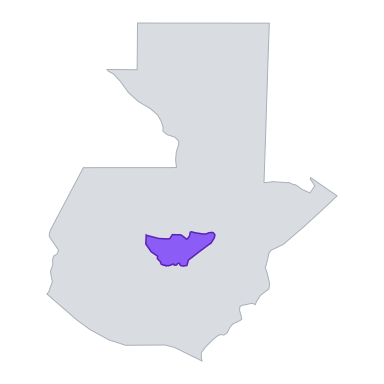 where Baja Verapaz sits in Guatemala
{"feature_id": "GTM-1942", "entity_name": "Baja Verapaz", "entity_type": "Department", "adm_level": 1, "iso_a3": "GTM", "parent_name": "Guatemala", "parent_adm1": "", "projection": "robinson", "projection_center": [-90.369, 15.089], "detail": "fine", "context": "in_parent", "style": "filled", "palette": "violet", "viewbox_px": 384, "rotation_deg": 0, "n_neighbors": 0, "source": "natural_earth", "source_scale": "10m", "svg_char_len": 2567}
<svg xmlns="http://www.w3.org/2000/svg" viewBox="0 0 384 384"><path d="M46.9,294.0L48.8,291.8L50.4,287.0L52.4,281.9L51.2,276.1L50.5,271.4L52.8,264.5L52.6,259.3L53.6,256.1L56.9,254.1L58.6,250.2L49.3,236.6L49.3,233.5L50.6,229.7L58.2,215.3L67.3,198.1L77.3,179.1L83.3,167.7L105.2,167.6L119.6,167.6L138.0,167.6L158.0,167.6L171.1,167.6L176.5,167.5L175.6,160.0L176.3,151.8L178.7,144.4L178.7,141.1L174.8,137.1L167.2,134.7L163.0,131.2L163.0,126.7L161.2,121.2L157.5,114.8L149.9,108.3L138.4,101.6L128.5,92.6L120.4,81.4L113.6,74.1L108.3,71.1L107.1,69.5L122.5,69.6L137.1,69.8L137.3,53.6L137.4,39.2L137.5,23.0L163.9,23.1L195.6,23.1L228.3,23.1L254.1,23.2L269.3,23.2L268.6,43.3L267.8,66.5L267.3,83.6L266.5,106.5L265.8,129.8L264.7,161.7L264.0,182.2L264.4,182.7L273.0,181.7L285.7,182.6L288.9,182.5L292.8,184.3L295.8,184.9L302.3,189.5L309.9,193.0L314.8,185.9L312.2,181.7L310.3,179.5L310.6,177.6L337.1,195.9L333.9,198.8L327.2,205.3L315.0,216.5L304.1,226.5L293.6,235.5L284.1,243.7L283.0,244.5L271.0,250.3L269.0,253.0L266.4,264.5L265.2,267.4L267.4,273.8L269.6,283.7L268.9,288.9L260.6,295.2L256.8,301.0L255.1,304.7L253.6,303.7L251.0,303.4L245.1,304.9L242.2,305.2L239.8,306.8L239.6,310.4L241.2,316.2L241.8,319.2L240.1,320.5L232.8,324.0L229.9,327.4L227.1,332.8L223.9,335.0L220.5,334.6L218.2,335.4L213.1,339.4L205.4,347.1L201.3,352.8L201.3,357.1L202.0,361.0L174.2,347.3L164.9,345.0L125.8,345.3L109.1,340.0L90.0,329.6L77.1,320.2L46.9,294.0Z" fill="#d9dde1" stroke="#a8b0b8" stroke-width="1"/><path d="M179.9,264.7L179.6,263.7L179.1,263.2L177.9,263.4L177.3,263.9L177.1,264.4L176.8,264.8L175.9,265.1L175.0,265.2L174.3,265.1L173.8,264.7L173.4,264.0L172.9,264.0L171.7,264.7L169.9,265.4L168.1,265.8L167.0,265.6L166.5,265.6L166.2,265.9L165.9,266.0L165.5,265.8L164.9,265.1L163.9,265.3L161.3,264.3L160.4,262.1L160.1,261.4L159.6,260.8L159.1,260.5L158.6,260.0L157.3,258.5L157.6,256.7L157.7,256.3L151.2,251.8L145.8,244.0L146.2,235.0L146.8,235.4L158.8,238.5L167.3,238.9L169.7,238.7L172.4,234.6L174.1,234.7L175.8,234.7L178.2,234.8L179.9,234.7L181.5,235.2L185.5,238.2L186.2,239.1L186.4,239.2L186.7,239.1L187.5,238.7L187.7,238.4L188.6,237.1L189.0,236.8L189.5,236.0L190.0,233.5L190.1,232.9L190.3,232.4L190.4,232.2L190.6,232.1L190.9,231.8L191.9,231.9L195.3,232.8L203.2,234.0L206.1,233.9L208.5,232.9L209.1,232.7L212.4,232.4L212.6,232.5L212.9,232.6L213.4,232.9L214.2,233.8L214.6,234.2L214.7,234.6L214.9,235.0L214.8,235.8L214.1,238.3L210.9,243.3L208.9,244.5L206.1,246.6L199.9,251.2L188.4,260.1L187.3,264.1L186.9,265.5L183.2,266.1L180.8,265.6L179.9,264.7Z" fill="#8b5cf6" stroke="#5b21b6" stroke-width="1.5"/></svg>